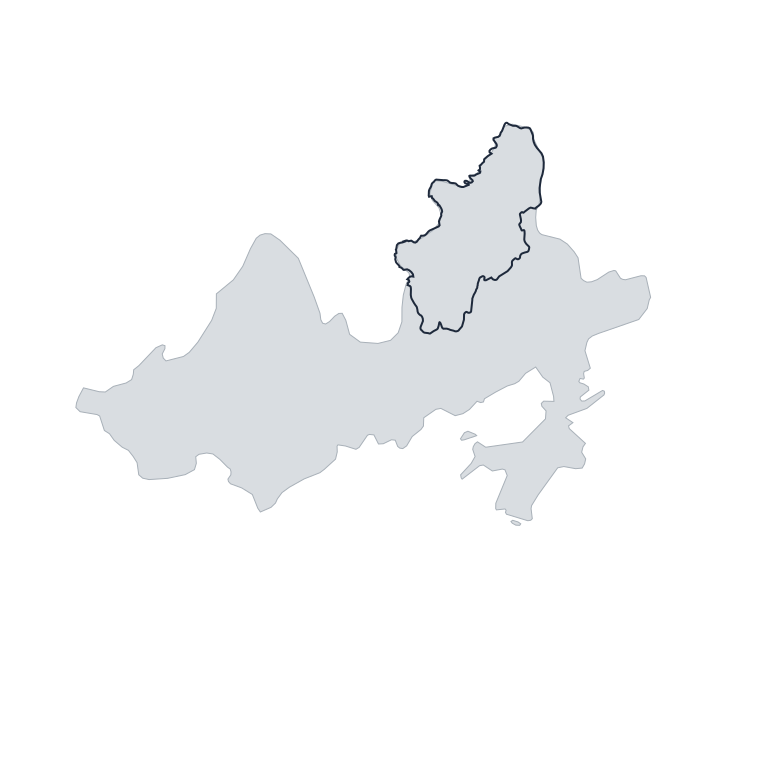 location of Khatlon within Tajikistan, rotated 151°
{"feature_id": "TJK-367", "entity_name": "Khatlon", "entity_type": "Region", "adm_level": 1, "iso_a3": "TJK", "parent_name": "Tajikistan", "parent_adm1": "", "projection": "robinson", "projection_center": [69.268, 37.83], "detail": "fine", "context": "in_parent", "style": "outline", "palette": "slate", "viewbox_px": 768, "rotation_deg": 151, "n_neighbors": 0, "source": "natural_earth", "source_scale": "10m", "svg_char_len": 9086}
<svg xmlns="http://www.w3.org/2000/svg" viewBox="0 0 768 768"><g transform="rotate(151 384 384)"><path d="M131.5,531.5L134.4,525.2L135.7,503.9L139.3,496.6L150.0,483.4L155.6,473.4L161.9,465.3L166.4,462.5L170.6,456.1L174.0,448.7L175.0,444.1L174.7,440.5L173.5,438.1L159.9,425.4L155.8,417.5L153.6,407.4L153.1,400.3L160.4,380.9L159.3,377.7L157.2,374.7L153.0,372.8L146.9,371.9L133.1,372.9L127.8,371.8L126.5,370.6L125.9,361.8L124.5,359.8L122.3,358.1L106.8,354.1L103.7,352.3L103.1,350.1L108.8,330.5L111.2,329.0L117.2,322.4L129.9,316.9L171.7,324.2L178.6,325.0L183.2,324.3L186.4,322.0L192.1,315.7L195.9,297.8L199.3,297.1L202.8,298.0L204.4,296.3L205.9,292.1L207.3,291.6L209.8,293.8L212.4,291.8L212.0,290.0L209.2,287.1L206.7,282.5L207.8,279.3L218.6,277.5L219.8,275.8L219.4,273.3L216.6,271.8L196.0,272.4L194.8,270.9L195.4,269.1L196.9,267.8L218.4,264.3L238.1,267.4L241.5,266.4L237.5,258.6L242.9,257.9L243.6,255.2L236.6,234.4L240.4,232.6L244.2,228.5L243.9,220.7L247.3,216.9L251.4,214.4L257.4,217.0L266.7,224.6L272.7,226.5L302.9,212.3L313.9,206.1L315.8,203.7L319.6,194.3L321.7,193.7L324.5,194.7L340.0,210.7L340.0,212.8L338.4,214.4L338.7,216.0L346.7,219.4L346.7,220.9L344.0,225.5L320.6,244.2L319.8,250.3L321.7,252.2L331.4,255.4L336.4,265.0L340.0,266.2L361.8,262.9L362.0,264.5L361.0,267.4L346.2,272.3L339.5,276.4L338.1,283.8L336.3,285.9L333.3,287.7L330.3,288.1L325.7,279.4L290.9,266.1L259.7,275.2L255.3,281.9L256.7,288.0L255.9,290.7L252.7,291.6L243.8,286.4L241.7,290.9L238.2,304.6L241.8,313.0L243.1,325.3L255.0,324.7L264.7,321.0L269.6,320.9L277.1,322.5L290.3,322.8L303.3,322.4L305.7,320.1L308.5,320.9L311.0,323.8L321.6,320.3L329.4,319.8L337.1,321.8L346.1,335.1L350.9,336.7L365.6,335.2L369.9,328.1L373.7,326.3L384.8,324.4L394.2,318.9L398.9,318.4L401.3,320.3L402.3,322.8L401.4,329.4L404.5,331.6L413.6,332.1L417.9,334.2L417.5,344.4L421.3,347.0L423.3,347.2L436.5,340.6L440.2,340.5L447.8,348.5L453.8,353.1L455.2,352.4L457.8,347.3L462.8,341.8L477.6,338.3L483.1,337.5L499.8,339.7L516.8,339.6L525.8,338.5L533.0,335.2L536.6,332.5L542.6,330.9L554.2,332.0L554.6,336.6L552.7,351.2L558.9,362.2L566.6,371.1L567.3,374.1L566.6,376.5L562.0,378.8L560.4,381.3L559.7,384.1L561.2,387.3L564.1,397.7L567.6,405.8L572.5,409.6L579.9,412.2L583.9,411.7L586.6,405.6L591.3,401.0L601.8,401.1L619.0,406.4L635.8,414.3L640.7,418.6L642.5,423.5L638.1,434.9L638.5,442.2L639.7,449.9L643.6,455.6L647.3,465.5L648.2,473.6L651.1,478.9L648.2,493.9L649.8,496.4L663.2,507.1L664.9,512.8L662.1,516.5L657.0,520.9L648.7,526.3L636.8,515.3L631.6,512.1L621.8,513.1L609.0,509.9L602.6,510.2L598.6,514.0L596.0,517.8L589.5,518.9L565.9,526.3L558.9,525.7L557.0,523.7L558.5,521.1L563.4,517.8L564.5,513.7L563.5,509.9L546.1,505.3L539.0,506.1L526.6,510.8L503.9,523.2L494.0,531.5L486.9,544.1L465.3,548.1L450.5,555.4L435.2,567.1L425.1,573.4L420.2,574.3L415.2,573.2L410.2,570.1L405.3,560.2L398.0,535.5L402.9,493.8L405.7,476.9L408.1,470.9L408.2,466.9L406.0,464.8L401.4,465.0L394.3,467.2L389.3,467.6L386.3,466.1L386.5,458.3L390.0,444.1L384.4,432.1L369.6,422.4L357.1,419.0L346.8,421.9L338.2,429.7L331.2,442.2L324.0,452.4L316.5,460.3L309.4,465.6L308.3,469.0L312.3,479.5L312.1,488.4L307.6,495.6L302.6,499.0L297.2,498.7L292.9,497.0L289.6,494.0L281.0,493.2L266.9,494.6L257.2,498.2L252.0,504.0L250.5,511.6L252.7,521.1L251.6,528.4L243.6,536.4L240.7,537.1L234.6,532.8L225.2,523.3L218.7,518.1L215.2,517.4L211.1,518.9L208.8,522.9L205.7,524.0L201.5,523.1L197.6,524.0L195.2,527.0L188.6,530.6L177.1,534.6L170.7,538.9L169.6,543.5L167.9,545.5L164.3,544.8L153.8,551.0L145.9,549.1L137.0,541.0L132.0,534.4L131.5,531.5ZM343.7,299.0L337.3,302.4L333.5,302.0L328.5,295.7L328.0,293.9L341.0,296.3L343.4,297.2L343.7,299.0ZM339.6,202.2L337.5,202.4L333.6,198.3L332.2,195.4L333.8,194.6L337.1,196.6L339.3,200.1L339.6,202.2Z" fill="#d9dde1" stroke="#a8b0b8" stroke-width="1"/><path d="M133.1,530.1L133.4,528.8L134.8,526.2L135.7,523.2L136.1,520.1L135.8,516.4L134.4,509.4L134.7,505.8L136.8,500.4L139.9,495.2L143.7,490.6L147.6,487.1L152.9,480.0L155.0,476.0L158.1,467.0L159.4,465.8L161.7,465.0L165.1,464.6L166.2,464.3L166.5,464.0L168.5,465.5L169.2,466.3L170.3,467.2L172.1,467.3L177.6,466.5L178.9,466.2L179.2,466.4L179.5,466.7L179.7,467.1L179.9,467.4L180.3,467.5L180.8,467.5L182.1,467.1L182.6,466.9L183.0,466.3L184.2,462.3L184.9,460.5L185.8,459.2L188.1,458.2L188.4,457.9L188.6,457.3L188.8,455.6L188.9,453.6L189.1,452.0L189.1,451.6L188.7,451.3L187.6,451.0L187.1,450.8L186.9,450.5L186.9,450.0L187.0,449.6L188.1,447.3L191.2,442.5L191.4,441.9L191.6,441.4L191.8,440.4L191.8,439.3L191.7,437.9L191.5,437.0L190.6,434.0L190.6,433.6L190.7,433.1L191.0,432.7L192.1,431.3L193.4,430.2L194.0,430.1L194.7,430.1L197.3,430.8L199.8,431.2L200.3,431.2L201.0,431.1L202.0,430.6L202.5,430.3L202.9,429.9L203.7,428.7L204.1,428.4L204.5,428.2L205.0,428.1L205.8,428.0L206.4,428.2L206.9,428.5L208.0,430.2L208.8,430.3L211.5,429.7L212.0,429.5L212.5,429.2L213.1,428.5L213.4,427.9L214.3,426.1L214.6,425.7L214.9,425.4L216.4,424.5L221.2,422.8L231.1,422.3L234.4,420.8L234.7,420.7L235.1,420.7L235.7,420.8L236.2,421.1L236.8,421.4L237.2,421.8L237.5,422.2L238.0,422.8L238.1,423.3L238.2,423.5L238.5,425.1L244.4,425.3L245.1,425.6L245.8,426.1L245.8,426.5L245.6,426.9L245.4,427.3L244.7,427.9L244.4,428.4L244.3,428.9L244.7,429.9L245.1,430.3L245.8,430.6L246.6,430.5L247.9,430.6L248.6,430.5L249.1,430.2L249.9,429.6L250.8,428.6L252.3,427.3L253.6,426.0L254.0,425.2L254.3,424.8L254.7,424.5L255.0,424.2L255.7,423.1L256.0,422.8L257.4,422.0L257.7,421.8L258.3,421.2L258.5,420.9L260.2,419.7L262.1,418.6L265.4,415.8L266.0,414.7L272.6,405.3L273.0,405.0L273.5,404.8L274.5,404.9L275.0,405.0L275.4,405.2L275.8,405.5L276.3,406.2L276.5,406.6L276.7,406.9L277.2,407.2L277.8,407.2L279.1,406.9L279.7,406.5L280.2,406.1L282.9,401.5L287.2,397.2L287.8,396.6L288.2,396.4L291.6,395.2L292.7,394.7L293.7,394.6L295.0,394.9L296.1,395.5L296.7,396.1L297.2,396.8L299.8,399.2L300.7,400.4L302.3,402.0L304.2,403.0L305.3,403.6L305.8,404.9L305.7,406.1L305.3,408.1L305.1,410.1L305.3,410.9L305.5,411.1L305.9,410.9L307.9,408.5L309.8,406.7L310.2,406.4L310.8,406.2L311.5,406.1L314.9,406.2L319.2,405.8L319.6,406.0L320.0,406.3L320.2,406.6L320.6,407.0L323.5,409.1L323.8,409.4L324.1,409.8L324.3,410.2L324.6,411.0L324.9,412.4L325.4,413.8L325.1,415.1L324.3,416.2L319.4,420.2L318.4,422.3L318.1,424.2L318.2,425.3L318.3,425.9L318.9,426.6L319.1,427.2L319.4,428.0L319.7,429.5L319.6,430.3L319.5,431.0L318.7,433.0L318.1,435.1L318.0,435.9L318.1,436.5L318.3,437.9L318.5,440.4L318.5,445.3L318.3,446.4L317.4,448.9L314.4,454.0L313.6,455.9L313.7,456.9L314.2,457.6L315.4,459.1L315.1,459.3L314.7,459.8L314.4,460.6L313.6,460.9L312.7,461.0L312.2,461.3L312.0,462.1L311.9,462.9L312.2,463.6L312.8,464.3L311.1,464.9L309.4,465.2L307.8,464.9L306.3,463.7L305.5,465.9L305.8,468.6L306.8,471.2L308.1,473.0L308.9,473.4L311.3,474.1L311.8,474.8L312.0,476.1L312.5,477.2L313.1,478.2L313.8,478.8L313.4,479.8L313.6,481.0L314.3,483.6L314.4,484.9L314.2,485.6L314.0,486.3L313.8,487.4L312.9,488.7L312.6,489.0L312.3,489.3L312.3,490.0L312.4,490.8L312.3,491.3L311.9,492.0L311.4,492.5L311.1,492.5L309.8,492.5L309.6,492.5L308.6,495.1L308.4,495.9L307.9,496.1L305.4,499.2L303.3,500.0L301.1,499.6L299.0,498.8L297.0,498.5L297.4,499.2L295.2,498.8L294.5,498.5L294.3,498.3L293.8,497.9L293.6,497.4L293.2,496.9L292.3,496.7L290.7,496.2L289.9,494.9L289.3,493.5L288.1,492.5L286.4,492.5L283.3,493.9L281.9,494.3L281.1,494.7L280.4,495.3L279.6,495.7L278.9,495.3L278.3,494.9L276.7,494.4L276.2,494.3L274.4,494.6L271.3,495.8L269.7,496.1L259.8,495.3L258.4,495.9L257.1,499.6L255.6,501.0L252.4,503.3L252.1,503.7L251.7,504.8L251.4,505.2L250.8,505.7L249.8,506.4L249.4,506.9L249.0,508.3L248.8,509.9L248.9,513.3L249.0,513.6L249.7,513.8L249.9,514.1L249.9,514.6L249.7,514.8L249.4,515.1L249.4,515.9L249.5,516.7L249.8,517.5L250.1,518.1L250.8,519.4L251.2,522.4L251.8,523.2L251.2,525.1L252.5,525.6L253.8,525.9L253.6,527.0L251.1,531.1L249.9,532.2L247.0,534.0L245.8,535.3L245.0,536.0L244.2,536.3L243.9,536.4L242.2,536.7L240.8,537.4L239.3,537.5L232.5,533.0L232.1,532.9L230.5,531.8L229.8,531.1L228.5,528.0L227.2,526.9L225.6,525.9L224.1,524.6L223.1,521.4L221.9,519.9L220.5,518.6L219.0,517.8L214.1,517.2L213.8,517.1L213.4,517.0L213.2,517.3L213.6,518.3L214.1,518.9L215.2,519.7L215.6,520.1L215.8,521.4L215.4,522.2L214.6,522.4L213.6,521.9L212.6,520.7L212.0,519.3L211.2,518.2L209.6,517.8L208.0,518.3L207.8,519.3L208.6,521.9L208.8,523.8L208.5,524.6L207.7,524.6L205.0,522.9L204.1,522.5L203.2,522.4L201.7,522.6L198.8,522.2L197.5,522.2L196.7,523.2L197.1,523.5L197.3,523.9L197.7,525.0L196.1,525.2L195.2,526.5L194.8,527.9L194.5,528.6L193.2,528.7L190.5,529.6L189.0,529.8L188.6,530.1L187.6,531.8L187.0,532.2L186.2,532.3L182.8,533.0L178.3,533.3L179.3,535.4L178.8,536.7L177.4,537.4L175.5,537.6L174.1,537.3L172.7,536.7L171.3,536.6L169.9,537.6L169.3,539.0L169.4,540.8L169.9,544.5L169.1,545.8L167.4,545.7L164.4,544.8L162.5,545.0L161.1,546.1L160.0,547.3L158.6,547.8L157.7,548.4L152.9,552.4L152.2,552.8L151.3,553.2L150.7,553.2L150.4,553.2L149.7,552.7L149.4,552.0L149.1,551.2L148.6,550.5L146.2,547.5L145.5,547.0L143.8,546.1L143.0,545.4L141.9,543.6L141.1,542.1L140.1,541.0L136.8,540.2L135.0,539.3L133.4,538.2L132.5,537.0L132.4,535.7L133.1,530.1Z" fill="none" stroke="#1e293b" stroke-width="2"/></g></svg>